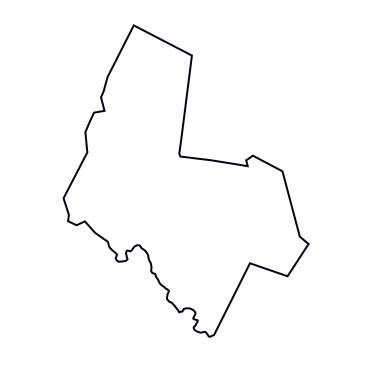 Maprik District, East Sepik, Papua New Guinea, rotated 207°
{"feature_id": "67681753B82575638855477", "entity_name": "Maprik District", "entity_type": "district", "adm_level": 2, "iso_a3": "PNG", "parent_name": "Papua New Guinea", "parent_adm1": "East Sepik", "projection": "albers", "projection_center": [142.998, -3.65], "detail": "fine", "context": "isolated", "style": "outline", "palette": "ink", "viewbox_px": 384, "rotation_deg": 207, "n_neighbors": 0, "source": "geoboundaries", "source_scale": "gbopen_adm2", "svg_char_len": 1810}
<svg xmlns="http://www.w3.org/2000/svg" viewBox="0 0 384 384"><g transform="rotate(207 192 192)"><path d="M107.4,74.6L107.9,145.5L108.0,154.8L68.6,160.3L64.5,198.6L75.6,201.1L120.7,251.4L120.8,251.5L154.2,252.0L158.1,244.8L154.1,240.3L172.2,234.5L188.9,229.1L218.5,218.3L220.7,220.3L225.9,235.3L254.0,313.5L319.5,314.0L319.4,256.0L316.4,241.4L316.0,235.0L306.8,224.6L315.3,218.2L314.9,207.7L314.2,197.0L303.2,179.7L303.6,128.1L291.3,115.7L289.1,109.7L279.7,110.0L274.1,117.2L259.7,111.6L247.6,109.9L244.6,109.5L243.7,108.8L242.4,107.2L241.0,105.8L239.3,104.8L236.5,103.9L232.6,103.1L230.2,102.0L230.2,101.6L230.1,99.8L229.8,98.3L228.2,97.0L226.5,96.6L225.2,96.8L220.3,100.0L219.4,101.2L218.9,102.8L221.1,105.1L221.7,106.0L223.0,107.3L223.4,109.4L223.2,110.3L221.5,110.9L220.1,111.1L219.4,112.1L219.1,113.3L219.0,115.0L218.3,117.5L216.5,119.9L214.4,120.6L210.8,118.9L207.7,118.6L205.5,117.7L202.7,116.0L200.3,112.9L198.5,111.2L196.8,110.2L195.5,108.7L194.4,107.3L193.7,106.1L192.6,103.2L191.7,102.4L191.0,102.0L189.3,101.9L187.9,102.3L186.6,101.5L186.0,100.4L183.4,99.0L181.5,97.8L180.2,96.6L178.1,95.5L175.9,95.0L173.4,94.7L171.3,94.0L169.3,94.0L167.9,93.5L167.5,92.8L167.3,89.5L166.9,88.8L166.6,87.3L165.8,85.4L162.8,84.0L161.5,84.0L159.5,84.1L157.0,83.1L155.7,82.7L154.5,82.0L152.6,81.2L150.5,80.2L149.5,79.3L148.7,79.0L148.2,80.0L146.9,80.5L146.5,81.0L146.0,82.7L146.4,83.6L146.1,84.1L144.8,85.4L143.6,86.1L141.9,87.0L140.2,87.4L138.8,87.4L136.6,87.2L134.6,86.4L133.9,85.6L133.6,84.3L133.6,82.8L133.6,80.4L133.2,79.7L132.3,79.6L129.0,80.2L128.6,80.1L128.2,79.2L128.3,76.6L128.3,74.2L129.0,72.9L128.9,71.9L128.1,71.0L127.2,70.3L124.7,70.0L121.6,70.3L120.2,70.7L118.3,72.3L117.2,73.2L116.2,73.3L114.2,72.5L111.5,70.9L110.9,70.9L110.3,71.2L107.4,74.6Z" fill="none" stroke="#020617" stroke-width="2"/></g></svg>